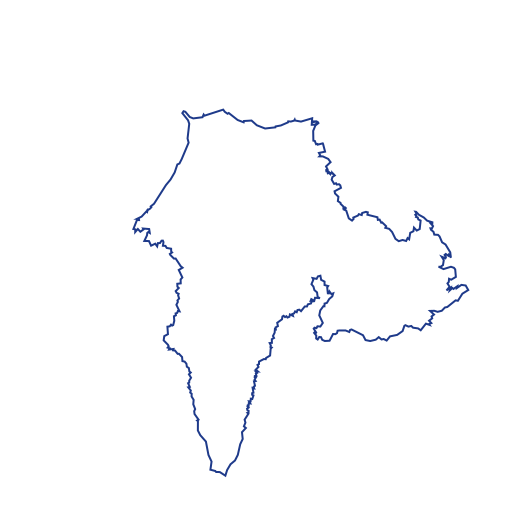 Kendal, Jawa Tengah, Indonesia (Natural Earth projection), rotated 324°
{"feature_id": "22746128B21241240008354", "entity_name": "Kendal", "entity_type": "district", "adm_level": 2, "iso_a3": "IDN", "parent_name": "Indonesia", "parent_adm1": "Jawa Tengah", "projection": "natural_earth1", "projection_center": [110.154, -7.019], "detail": "fine", "context": "isolated", "style": "outline", "palette": "blue", "viewbox_px": 512, "rotation_deg": 324, "n_neighbors": 0, "source": "geoboundaries", "source_scale": "gbopen_adm2", "svg_char_len": 6158}
<svg xmlns="http://www.w3.org/2000/svg" viewBox="0 0 512 512"><g transform="rotate(324 256 256)"><path d="M185.3,221.9L183.8,230.1L181.2,230.7L179.0,233.9L176.0,232.2L174.4,234.6L174.7,236.5L170.4,237.2L170.1,239.1L171.2,241.1L169.9,242.0L168.8,245.2L166.3,245.8L165.8,247.2L162.9,248.7L161.6,255.8L160.4,254.6L158.8,255.7L157.2,255.2L156.3,256.9L154.2,256.5L151.8,260.4L148.4,263.2L147.2,263.0L146.9,261.6L144.9,262.2L142.8,261.1L138.8,267.5L134.7,266.9L131.7,270.0L132.6,276.0L132.3,277.7L130.7,278.2L132.0,280.0L130.7,280.6L134.6,282.7L133.5,283.6L134.9,284.9L135.1,289.1L136.2,289.8L136.8,294.3L134.7,297.8L136.2,299.5L136.4,302.2L135.0,304.9L135.8,307.2L134.2,310.3L134.7,311.9L132.2,312.3L131.9,316.3L128.7,317.6L127.6,319.1L126.3,319.0L125.5,323.0L124.0,322.4L124.2,326.5L122.5,327.8L123.0,329.6L121.3,331.8L121.0,335.7L118.1,339.1L116.8,344.1L114.8,345.2L113.4,347.7L113.3,354.6L111.7,354.5L112.0,355.4L106.4,363.0L105.6,368.2L106.4,376.7L100.6,389.0L99.2,396.2L93.5,402.1L96.7,406.0L96.8,407.3L99.7,409.5L102.1,415.7L106.8,412.2L113.0,409.5L118.8,409.1L124.4,406.2L132.6,399.0L137.7,396.2L141.1,390.3L146.7,389.2L146.1,386.7L149.5,384.6L150.6,381.7L157.0,379.2L156.9,378.0L157.8,378.4L159.0,376.9L158.4,375.8L159.0,374.3L160.9,374.3L160.7,372.6L161.3,372.1L161.8,373.0L163.6,370.9L164.7,371.9L164.9,369.4L166.2,370.4L167.9,368.4L168.9,369.5L172.0,367.3L171.3,366.0L172.3,364.7L173.6,365.1L175.7,360.8L176.7,362.1L177.3,360.4L178.9,360.4L180.7,356.2L182.2,356.9L182.2,355.2L184.7,354.1L183.8,353.2L184.5,352.4L186.0,353.0L186.8,351.0L188.0,351.2L187.9,349.2L189.7,350.6L189.0,347.8L192.8,347.2L193.2,345.0L194.9,345.2L196.4,343.2L201.8,344.0L203.2,345.2L204.2,344.4L208.9,344.8L213.4,339.6L214.9,339.3L214.2,338.1L215.4,337.1L215.9,334.5L217.8,335.6L219.9,332.6L222.4,332.9L222.7,330.7L226.0,329.0L228.3,326.3L228.9,327.0L229.8,325.3L232.5,325.6L233.9,322.5L239.8,322.5L241.8,320.5L243.2,320.6L243.6,322.5L245.2,322.6L245.3,324.3L247.3,324.8L249.1,323.2L250.7,326.1L251.3,324.3L253.1,324.8L255.1,323.8L255.9,325.4L257.8,324.1L259.5,324.9L260.0,327.1L265.8,325.5L267.6,326.8L269.5,325.6L272.6,326.7L274.1,325.5L275.1,326.0L275.2,324.8L274.0,324.3L275.4,323.4L276.8,326.5L279.2,324.5L282.9,327.7L281.8,325.4L284.0,321.3L283.2,317.9L284.5,314.5L284.3,311.4L288.4,308.9L288.8,307.1L291.6,310.1L294.1,308.9L296.5,309.8L294.7,313.6L296.4,317.0L294.4,319.8L296.7,322.7L295.1,323.3L292.2,328.4L293.0,329.1L294.6,327.9L294.6,331.1L296.5,331.6L294.0,333.5L290.0,333.8L285.8,335.6L283.5,334.8L281.8,336.9L281.0,336.2L276.0,337.8L272.3,341.2L270.7,349.4L266.6,350.9L264.4,349.0L262.5,349.9L261.2,348.4L260.0,348.7L259.7,353.3L258.8,353.6L257.8,351.5L258.0,355.8L256.2,358.1L256.8,359.8L259.6,358.7L260.9,359.9L260.3,362.7L261.7,365.2L265.7,367.8L272.5,364.4L274.3,365.9L276.2,366.0L278.1,364.4L279.8,365.3L284.7,368.9L286.8,372.3L288.7,371.1L290.1,371.6L296.0,383.0L295.2,388.4L298.4,391.9L303.7,394.1L307.6,393.8L308.5,397.3L310.5,398.2L312.0,401.2L317.2,399.8L323.8,402.8L330.5,402.9L335.0,399.7L336.2,399.8L337.8,402.7L340.5,403.9L340.9,406.3L344.6,409.9L345.6,412.9L353.7,410.6L355.8,413.6L355.8,412.7L358.4,413.3L358.0,410.1L361.9,410.0L362.5,408.1L365.6,408.0L364.6,402.8L368.0,405.1L370.1,407.9L374.1,409.5L378.6,408.7L380.8,409.7L391.4,409.2L393.0,410.9L400.8,407.8L407.7,408.3L408.3,403.1L405.2,400.1L399.8,400.0L401.1,398.8L396.4,398.7L396.1,397.3L392.6,397.7L394.8,396.0L389.9,395.8L394.5,394.7L394.8,390.7L396.7,390.3L398.8,387.9L400.0,389.9L405.4,390.4L409.3,383.9L409.2,381.9L407.4,379.3L400.0,376.8L397.4,371.9L398.8,373.2L401.9,373.3L405.5,369.7L405.8,365.7L407.9,369.2L409.0,368.6L409.2,366.0L410.7,365.9L411.8,368.9L412.8,368.3L412.7,371.9L415.3,367.2L416.1,358.1L414.6,354.3L416.0,348.1L415.7,345.9L412.8,343.5L413.8,340.8L413.0,337.6L413.4,336.2L414.5,337.1L416.8,335.9L416.5,332.6L417.6,333.5L418.5,332.4L415.2,328.0L414.4,323.5L412.0,318.3L411.5,314.4L411.0,313.9L410.8,316.2L409.1,316.3L409.3,318.0L408.4,318.5L409.5,320.0L408.8,321.8L410.0,324.1L404.3,330.4L401.0,329.9L400.5,325.9L397.9,328.5L394.4,327.9L389.7,332.5L389.2,330.6L386.3,332.1L384.0,329.2L380.2,327.9L378.9,324.1L380.2,316.6L379.7,312.3L377.2,309.2L378.8,308.4L377.8,302.9L376.9,302.7L377.4,299.2L375.8,298.4L377.0,296.0L370.4,288.1L372.1,286.4L370.9,284.9L367.2,283.6L365.6,285.0L363.8,282.6L362.2,283.2L357.3,282.1L356.7,283.4L354.5,283.8L353.2,280.1L355.7,272.3L354.6,270.4L356.8,270.0L356.6,269.0L354.9,268.6L355.8,267.5L355.1,263.6L355.6,262.7L354.5,259.7L357.5,256.5L356.7,251.9L357.6,249.8L364.8,250.8L365.7,248.4L365.4,246.8L363.3,245.6L363.5,244.2L361.6,243.6L362.1,238.7L364.3,237.0L367.1,237.1L366.6,233.6L366.2,234.3L365.0,232.5L364.2,233.3L363.9,231.7L362.7,231.3L363.2,230.1L364.3,230.4L364.1,229.2L362.8,228.7L363.3,227.7L364.8,227.9L365.3,224.7L371.5,223.9L371.5,219.9L368.6,214.7L365.9,212.7L367.1,212.5L367.5,209.6L373.2,212.2L376.1,204.8L376.2,204.1L371.4,202.2L371.6,201.5L370.3,200.9L371.2,197.5L370.2,196.4L375.8,188.4L380.8,185.3L384.6,185.2L384.8,184.4L384.1,182.6L381.3,180.7L381.0,181.3L383.7,182.6L383.7,184.2L381.2,184.6L378.2,182.6L382.4,177.6L371.4,173.7L367.2,169.3L367.5,168.4L366.4,168.9L363.2,167.7L361.2,166.0L360.4,166.7L352.8,165.0L348.0,162.7L347.3,163.3L338.3,158.2L333.5,150.7L332.0,143.8L325.6,139.7L324.6,140.6L321.1,135.2L318.0,124.3L316.6,124.2L315.5,121.0L315.5,118.3L296.8,112.2L296.8,110.8L294.3,112.3L286.1,107.8L284.1,104.6L283.6,97.8L282.5,96.3L280.4,97.1L280.8,106.3L279.7,109.8L269.7,120.7L268.1,124.7L252.9,133.9L248.4,136.2L246.2,135.7L239.3,140.6L231.8,143.9L224.8,145.7L204.2,153.8L200.0,154.0L200.0,155.0L198.2,155.4L195.8,155.3L195.6,153.9L195.6,154.9L193.8,156.4L193.6,155.5L186.6,156.9L181.5,156.0L183.0,157.3L182.5,158.2L180.9,156.9L172.7,162.1L174.0,163.5L172.4,165.6L176.3,164.7L176.7,168.4L180.7,168.4L180.8,167.4L185.4,171.4L183.6,174.9L182.9,173.3L181.6,173.4L180.0,175.2L174.5,178.2L178.2,181.0L177.2,186.0L181.7,186.8L181.7,190.1L184.2,187.9L185.9,189.1L188.6,188.1L189.7,188.8L189.3,190.4L186.7,193.0L188.7,194.6L188.5,197.0L191.6,200.2L190.0,202.6L190.2,203.8L187.5,203.7L187.3,204.8L188.1,209.9L189.5,210.8L189.1,220.0L189.7,222.3L185.3,221.9Z" fill="none" stroke="#1e3a8a" stroke-width="2"/></g></svg>